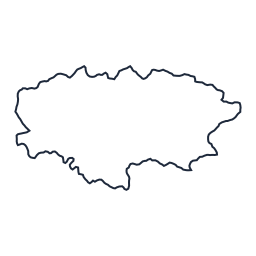 outline of Três Pontas, Minas Gerais, Brazil
{"feature_id": "56859067B88282475528455", "entity_name": "Três Pontas", "entity_type": "district", "adm_level": 2, "iso_a3": "BRA", "parent_name": "Brazil", "parent_adm1": "Minas Gerais", "projection": "albers", "projection_center": [-45.5, -21.406], "detail": "fine", "context": "isolated", "style": "outline", "palette": "slate", "viewbox_px": 256, "rotation_deg": 0, "n_neighbors": 0, "source": "geoboundaries", "source_scale": "gbopen_adm2", "svg_char_len": 3864}
<svg xmlns="http://www.w3.org/2000/svg" viewBox="0 0 256 256"><path d="M17.9,145.1L19.5,144.6L21.7,143.7L23.7,144.0L25.4,145.3L26.6,147.1L27.4,148.9L28.2,151.0L28.3,154.3L29.2,156.0L30.6,157.3L32.5,157.8L34.7,158.1L35.7,156.8L36.9,155.1L38.8,153.3L40.8,152.7L43.6,152.5L45.4,151.3L47.8,151.8L49.6,153.3L51.1,153.1L52.7,151.7L54.9,151.5L56.7,152.8L58.0,154.4L59.6,155.7L61.5,156.3L62.9,157.3L63.3,159.8L63.6,162.2L65.3,163.0L66.7,161.8L67.5,160.3L68.3,158.8L69.8,158.0L72.2,157.9L73.6,159.0L73.4,160.9L72.2,162.0L71.0,163.2L69.8,164.8L70.0,166.5L71.0,168.4L72.6,169.5L74.4,168.1L75.9,166.9L78.1,167.5L78.3,170.1L78.4,171.8L78.9,173.9L81.1,174.3L82.9,174.8L83.7,177.1L85.4,179.3L87.0,180.8L88.1,182.3L89.8,183.3L91.4,182.2L93.0,180.6L94.9,181.7L97.0,180.4L99.3,179.6L101.4,179.7L102.9,181.0L104.4,182.8L106.0,183.9L108.0,184.8L109.6,186.3L111.5,187.2L113.3,188.1L115.1,188.4L116.7,187.4L119.3,186.5L122.2,186.3L123.6,187.5L124.4,188.9L126.4,189.8L128.3,188.7L129.1,185.7L129.0,182.4L129.1,180.3L129.4,178.7L129.1,177.0L128.3,175.5L127.4,174.2L126.7,172.7L126.5,170.8L126.8,168.8L128.8,167.5L129.4,165.7L130.5,164.0L132.7,163.5L134.8,164.1L136.7,164.7L139.3,164.3L141.1,162.8L142.7,161.4L144.7,160.9L146.3,160.8L148.0,159.6L150.4,158.8L152.2,160.4L155.4,160.3L157.9,161.6L159.8,163.4L162.2,164.5L163.9,165.9L166.2,164.8L168.3,163.5L169.6,162.6L171.6,163.0L173.8,163.9L175.7,164.9L177.1,166.6L179.0,167.2L181.4,168.0L183.2,169.6L186.3,170.2L188.5,170.3L191.1,170.1L189.7,167.5L189.4,165.8L189.9,164.2L190.9,162.1L192.9,160.7L195.1,160.4L196.8,160.2L198.0,158.7L199.8,156.9L202.3,156.7L204.4,155.7L206.9,154.9L208.4,154.9L210.2,155.1L212.0,154.9L214.8,155.0L217.0,154.6L216.8,152.5L216.0,151.0L215.1,149.5L214.0,148.0L212.4,146.8L211.4,144.0L209.5,143.1L208.4,141.6L208.1,139.4L208.1,136.7L208.8,134.5L210.5,132.8L212.5,131.5L214.3,130.5L215.6,129.1L217.0,127.5L218.5,126.1L219.3,124.0L221.8,122.4L224.2,121.6L226.0,121.0L227.6,121.0L229.9,120.1L232.3,119.5L234.1,118.3L235.7,116.9L236.6,115.6L237.9,113.9L240.3,111.9L240.3,109.7L240.6,107.7L240.3,105.1L239.7,103.1L237.7,102.4L234.6,102.3L232.3,103.4L229.9,103.0L228.2,102.6L226.4,101.6L223.7,101.6L221.5,99.8L223.0,97.9L223.3,95.5L223.6,92.9L222.1,91.2L219.7,90.3L218.0,90.1L216.6,89.4L215.2,87.8L213.6,86.3L212.5,84.9L210.2,84.6L207.3,85.1L205.1,84.3L203.7,83.3L202.2,82.4L200.4,82.3L198.2,82.1L196.6,81.9L195.2,81.4L195.1,79.0L194.4,76.8L192.6,76.3L190.6,76.0L188.5,74.9L186.0,74.5L184.5,74.1L182.1,75.2L179.7,75.9L176.6,75.8L173.5,75.5L171.8,73.7L169.6,72.9L167.5,71.6L165.5,70.9L163.1,69.7L161.2,70.4L159.1,71.0L156.9,70.6L155.4,70.0L153.7,69.7L152.2,70.0L151.3,71.6L150.3,73.7L148.2,75.4L146.9,77.2L145.3,78.3L143.6,78.9L142.2,78.4L140.8,76.9L139.2,75.7L137.8,74.5L136.8,73.2L135.8,71.8L133.9,71.2L132.6,69.9L131.6,67.9L130.1,66.2L128.5,67.1L127.1,68.1L125.3,68.7L123.1,69.4L121.4,70.3L119.4,71.0L118.2,73.5L117.2,75.5L115.7,77.0L114.3,79.2L112.0,78.7L109.9,78.5L108.2,78.0L107.7,76.1L107.3,74.2L105.6,72.7L103.6,73.7L102.4,74.8L100.9,74.9L99.1,74.3L97.0,74.9L95.7,76.0L94.1,76.7L92.1,76.9L89.7,76.5L87.8,75.1L86.4,72.7L85.7,70.1L85.5,67.6L84.1,66.2L82.4,67.1L80.7,68.1L79.1,68.7L77.3,69.5L75.9,71.2L74.6,73.1L73.5,74.3L71.9,76.0L69.9,77.6L68.1,77.0L66.3,75.3L64.8,74.8L63.2,74.3L60.8,73.7L58.2,73.9L56.5,74.7L55.1,76.0L53.5,77.4L51.7,78.1L49.3,79.2L48.0,80.9L46.2,81.4L44.6,81.1L42.5,81.5L40.3,82.1L39.0,83.7L38.3,85.3L37.7,86.9L36.3,88.1L34.4,88.6L31.8,88.0L29.3,88.4L27.2,89.2L25.2,88.3L22.8,88.3L21.7,89.6L20.1,90.2L18.8,91.4L17.8,93.6L17.7,96.4L18.1,99.1L17.9,101.7L17.4,104.4L16.5,106.8L16.1,109.1L15.4,111.7L16.8,113.7L17.8,115.5L18.8,117.4L20.2,119.1L21.5,121.4L22.8,123.7L24.5,125.5L25.7,127.1L27.5,128.8L29.4,130.7L26.8,132.3L24.5,132.8L23.0,133.1L21.3,133.5L19.2,133.9L17.8,134.3L16.6,135.5L16.7,137.4L16.8,139.1L16.7,141.4L17.1,143.5L17.9,145.1Z" fill="none" stroke="#1e293b" stroke-width="2"/></svg>